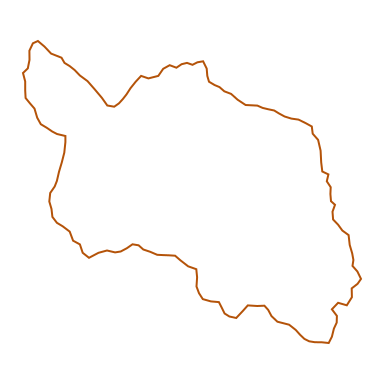 Japaraíba, Minas Gerais, Brazil (Robinson projection)
{"feature_id": "56859067B41178234264515", "entity_name": "Japaraíba", "entity_type": "district", "adm_level": 2, "iso_a3": "BRA", "parent_name": "Brazil", "parent_adm1": "Minas Gerais", "projection": "robinson", "projection_center": [-45.532, -20.134], "detail": "fine", "context": "isolated", "style": "outline", "palette": "amber", "viewbox_px": 384, "rotation_deg": 0, "n_neighbors": 0, "source": "geoboundaries", "source_scale": "gbopen_adm2", "svg_char_len": 1913}
<svg xmlns="http://www.w3.org/2000/svg" viewBox="0 0 384 384"><path d="M328.7,343.0L331.9,336.7L333.9,328.6L336.7,322.6L336.9,315.9L331.9,309.3L338.1,302.8L346.8,305.3L351.9,297.2L351.7,288.4L357.6,283.8L361.0,278.9L357.4,271.5L352.5,265.9L353.4,260.0L352.2,253.4L349.7,244.9L348.6,235.1L342.3,230.5L338.1,224.7L333.1,219.5L332.5,211.7L335.0,204.8L331.0,201.2L330.4,194.0L330.7,187.2L326.8,181.3L328.4,174.4L322.3,171.5L321.2,162.4L320.6,150.7L318.1,139.9L312.7,133.7L311.8,126.5L305.8,123.2L298.5,119.6L291.4,118.6L284.6,116.5L278.9,113.4L274.2,110.5L268.0,109.2L262.6,107.9L257.4,105.6L251.5,105.3L245.6,105.0L237.6,99.7L231.1,93.9L224.3,91.3L219.5,87.1L214.5,85.0L209.0,81.7L207.3,75.9L206.7,68.6L203.1,61.3L197.4,62.3L192.5,64.8L187.0,62.9L181.6,64.2L176.4,67.7L169.7,65.2L163.2,68.8L158.3,75.9L148.4,78.4L141.1,75.9L135.7,81.7L130.5,88.2L126.5,94.4L122.9,99.0L118.9,103.4L114.2,106.7L107.3,105.5L102.0,98.0L94.6,89.2L87.5,81.1L79.9,75.5L74.6,70.0L69.7,66.1L64.5,62.9L61.5,57.7L51.1,53.6L44.4,46.5L37.9,41.0L32.9,43.3L29.4,50.7L29.5,59.9L27.8,68.4L23.0,73.0L25.2,81.5L25.2,90.5L25.6,98.0L30.0,103.4L34.5,108.6L37.2,117.7L40.8,124.2L46.8,127.8L52.2,131.5L57.0,134.0L65.4,136.0L65.4,142.1L64.3,152.6L61.8,162.4L59.0,171.8L56.9,180.9L54.7,186.5L50.2,193.0L49.3,201.5L51.5,209.0L52.4,216.9L56.9,222.8L62.7,226.3L69.7,231.6L73.1,240.7L79.9,244.4L82.7,252.8L89.0,257.8L98.5,252.8L107.0,250.5L115.1,252.4L120.7,251.5L126.9,248.2L132.5,244.3L138.6,245.3L143.3,249.5L150.2,251.8L157.2,254.8L163.4,255.1L168.8,255.3L175.1,255.7L180.4,260.3L188.1,266.3L196.3,269.2L197.1,277.3L196.5,286.5L199.0,293.2L202.8,299.1L210.9,301.4L218.9,302.1L221.7,307.6L224.6,313.5L229.4,316.5L236.2,318.0L242.9,310.9L247.8,305.4L257.2,306.0L264.4,305.7L268.2,309.9L271.5,316.1L277.4,321.7L289.1,324.7L295.7,329.9L300.0,334.7L304.4,338.9L309.2,341.3L314.8,342.2L322.0,342.3L328.7,343.0Z" fill="none" stroke="#b45309" stroke-width="2"/></svg>